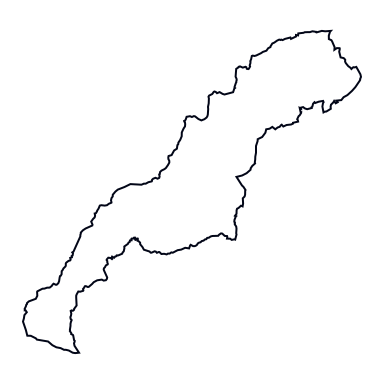 Talmaciu, Sibiu, Romania
{"feature_id": "2599482B89024892263144", "entity_name": "Talmaciu", "entity_type": "district", "adm_level": 2, "iso_a3": "ROU", "parent_name": "Romania", "parent_adm1": "Sibiu", "projection": "mercator", "projection_center": [24.164, 45.604], "detail": "fine", "context": "isolated", "style": "outline", "palette": "ink", "viewbox_px": 384, "rotation_deg": 0, "n_neighbors": 0, "source": "geoboundaries", "source_scale": "gbopen_adm2", "svg_char_len": 5884}
<svg xmlns="http://www.w3.org/2000/svg" viewBox="0 0 384 384"><path d="M323.5,112.4L324.7,111.7L326.4,111.5L330.8,108.8L330.6,106.7L331.0,104.7L333.3,102.4L334.1,101.0L335.7,103.3L337.7,102.2L336.5,100.6L341.3,100.1L343.6,97.2L347.4,95.1L352.0,90.9L355.3,87.2L359.6,80.9L360.2,79.8L360.1,79.1L361.0,76.9L360.4,74.3L356.3,66.9L354.7,67.4L353.3,67.2L351.4,69.0L350.5,67.8L348.2,66.1L345.8,63.1L345.1,61.6L345.2,59.7L343.7,58.1L340.6,57.4L339.2,51.7L339.8,48.9L339.6,48.2L336.9,48.1L334.4,49.8L334.6,47.2L332.2,41.6L331.4,40.2L328.9,39.1L328.8,35.7L330.0,31.8L330.8,30.9L325.3,31.3L321.8,30.9L316.9,32.3L316.6,32.0L316.2,32.3L315.2,31.7L312.4,31.3L310.0,32.1L304.8,32.2L303.5,32.8L298.3,33.4L298.1,35.4L296.0,35.0L296.0,36.5L291.0,38.9L290.4,37.5L285.0,38.9L282.6,40.1L281.2,39.6L280.6,40.0L279.2,39.6L277.1,40.6L274.3,42.6L272.3,43.5L270.5,46.4L270.4,47.1L268.2,48.2L266.4,50.7L262.9,51.9L261.0,53.2L256.2,55.5L254.4,56.0L252.8,55.6L251.8,56.0L251.1,59.4L250.3,61.1L250.5,61.4L250.4,63.2L249.7,65.3L250.1,66.5L248.8,68.8L248.2,69.1L246.8,68.8L246.3,67.2L245.5,66.8L242.8,67.6L240.0,66.4L238.7,66.8L238.7,67.2L236.2,68.9L235.6,76.7L236.5,78.7L236.7,80.0L236.3,81.2L236.3,82.3L235.9,82.9L234.5,87.1L234.5,87.6L235.0,88.0L234.3,88.6L233.1,92.2L224.5,94.5L222.6,93.9L219.6,92.1L217.0,93.2L215.7,91.9L214.4,91.5L213.7,91.9L212.3,94.0L209.1,95.6L208.5,96.7L208.9,98.5L208.7,103.5L208.0,106.9L208.2,109.0L207.8,114.7L207.3,116.4L206.5,117.6L204.4,119.2L201.4,120.4L198.4,119.0L195.1,116.4L193.9,116.1L191.9,117.0L190.0,116.2L186.6,116.8L185.9,119.0L184.8,121.1L184.2,121.1L184.3,121.6L185.0,122.6L185.2,124.2L185.0,126.4L183.6,128.5L181.8,132.4L181.7,136.3L180.2,139.9L178.4,142.6L178.2,144.3L177.4,145.1L176.9,148.7L174.1,150.5L171.6,155.1L168.6,156.0L168.3,157.2L168.4,159.1L169.3,160.9L169.3,162.6L168.0,165.0L165.9,168.0L164.5,169.1L161.5,170.6L160.1,172.0L159.7,174.3L159.2,174.5L159.6,176.6L159.2,177.9L157.6,178.7L155.5,177.8L153.2,178.7L152.1,179.7L152.0,180.9L151.7,181.4L148.4,182.2L145.7,183.7L143.8,183.7L141.5,184.7L130.4,184.1L124.5,187.0L117.8,189.6L115.4,191.6L112.8,194.7L112.7,196.5L111.5,198.1L111.0,200.4L111.5,202.3L111.4,202.7L108.8,203.8L107.0,205.2L104.7,205.6L101.3,205.2L99.8,205.6L98.5,208.7L97.2,210.6L97.0,211.4L95.9,213.2L94.7,213.5L95.1,215.8L94.6,217.5L93.1,218.9L91.2,221.6L92.5,224.6L92.3,225.5L85.6,228.5L82.9,230.3L80.8,232.6L80.8,233.7L80.4,234.7L80.3,236.5L73.5,251.6L72.3,252.4L73.0,253.3L72.6,255.5L71.7,256.0L71.9,257.3L70.2,257.9L70.6,259.7L70.2,260.4L68.5,260.9L66.2,262.7L65.8,263.5L65.8,265.5L65.5,266.4L63.4,268.5L62.8,269.8L61.7,271.2L61.6,274.2L60.8,275.7L60.1,276.0L59.7,277.2L59.1,281.2L58.3,283.2L56.7,284.7L55.9,284.8L53.6,283.7L52.7,284.5L51.7,286.0L49.7,287.6L47.0,287.7L44.5,288.6L42.5,288.7L37.4,291.3L37.1,291.9L37.3,295.8L35.8,298.8L28.8,301.4L27.0,303.1L26.9,304.2L26.3,304.7L25.9,306.3L24.6,309.0L24.9,309.8L24.8,310.3L25.5,310.3L26.8,312.2L24.4,315.1L23.9,318.4L23.0,321.6L25.9,330.1L27.3,335.7L30.8,335.8L35.8,338.3L36.9,339.6L48.1,341.5L52.4,345.2L56.4,347.3L60.6,348.1L64.0,349.8L65.9,349.8L68.8,350.5L72.7,352.7L75.2,353.1L79.0,352.7L74.5,345.8L74.0,343.2L74.6,341.9L74.7,340.8L74.1,340.2L73.2,335.5L72.9,334.9L71.2,334.1L71.3,333.2L69.9,331.1L70.1,330.8L69.9,329.8L70.5,325.9L70.5,323.8L71.0,321.6L71.6,320.4L71.5,319.7L70.8,319.3L70.5,318.2L70.4,317.0L70.9,315.9L71.3,313.8L70.7,310.9L71.6,310.4L72.8,310.8L73.5,310.3L74.1,309.7L74.1,308.9L76.6,305.5L76.2,297.7L76.2,295.7L76.7,294.3L78.3,291.5L80.2,291.7L83.2,290.8L83.4,290.3L83.0,289.0L84.1,287.7L84.8,286.3L85.8,286.1L87.8,287.0L88.7,286.9L92.1,284.0L93.7,282.2L97.2,280.3L101.8,279.6L103.7,280.6L105.9,280.2L106.9,278.9L107.2,277.5L103.9,270.2L103.7,269.2L104.0,268.2L104.9,267.3L105.9,265.4L107.7,264.4L107.8,263.7L107.3,262.4L107.3,261.1L106.6,260.0L106.8,259.4L108.3,257.7L110.6,258.0L112.0,259.1L112.3,258.8L111.9,257.1L112.1,256.6L114.2,257.7L115.2,256.5L116.4,256.2L116.7,255.4L118.3,255.4L122.2,253.7L122.6,252.5L123.7,251.4L124.4,248.3L124.3,246.5L127.9,243.9L128.5,242.6L129.7,241.9L129.9,240.5L131.5,240.3L131.3,239.1L131.6,238.6L133.2,238.6L133.9,237.7L135.0,237.6L135.2,238.1L135.1,239.6L135.4,239.9L136.1,239.7L137.1,238.5L137.7,238.5L137.9,238.9L137.6,240.8L138.5,241.1L140.1,242.6L140.2,244.3L142.5,247.1L143.9,249.7L149.5,251.5L150.7,252.7L151.5,252.7L154.6,251.3L155.8,251.6L156.9,252.8L158.8,252.0L159.5,252.1L161.4,254.0L164.1,253.8L166.7,254.4L167.9,253.6L169.7,253.6L171.3,252.4L172.8,252.7L177.6,250.2L181.2,249.6L185.2,247.8L189.1,248.4L190.1,245.5L190.7,244.8L193.0,246.1L194.9,246.1L196.2,245.5L197.2,244.6L197.7,243.5L199.1,242.6L200.5,242.3L201.7,241.1L203.6,240.6L205.0,239.4L206.3,239.2L207.2,237.9L208.9,237.7L210.6,236.5L212.3,236.0L218.2,235.8L219.1,234.7L221.0,233.4L222.3,233.6L224.7,235.9L227.1,236.1L227.3,237.1L227.0,238.6L230.2,238.7L231.7,239.9L234.4,239.3L235.2,239.6L236.5,234.5L236.2,233.3L236.5,228.7L236.2,226.5L234.8,224.4L235.0,223.9L234.6,222.9L234.9,222.4L234.3,221.6L234.5,219.8L235.5,217.3L235.4,216.7L236.0,216.2L235.0,215.8L236.5,213.8L236.6,210.2L237.1,208.7L238.5,208.0L241.0,205.7L242.6,206.4L243.1,203.5L242.8,198.3L244.6,196.5L245.1,194.7L245.2,190.4L245.5,190.0L243.4,186.8L242.0,185.5L236.5,176.9L242.1,175.5L246.6,173.2L250.5,169.8L250.7,168.3L252.2,166.0L255.1,163.4L254.8,162.4L255.2,159.6L255.3,156.6L256.0,152.8L256.0,146.0L257.6,141.1L257.7,139.2L262.2,137.0L265.4,132.7L266.2,129.3L269.6,128.7L272.3,126.9L275.3,129.3L277.6,127.5L279.7,126.8L280.8,125.3L281.7,124.7L283.3,126.5L286.6,125.0L291.1,124.5L293.0,123.6L293.0,122.8L298.1,121.6L297.7,119.8L297.2,119.2L298.6,116.2L299.6,115.4L301.1,113.0L301.2,112.1L300.6,112.1L300.5,111.7L299.7,107.9L300.9,108.5L300.7,107.7L303.1,107.1L305.0,108.5L307.2,109.2L311.7,108.0L311.5,107.3L312.3,106.7L313.1,103.7L314.5,102.2L315.2,103.0L318.7,101.7L323.1,100.9L323.6,102.2L323.0,103.1L322.4,106.5L323.5,112.4Z" fill="none" stroke="#020617" stroke-width="2"/></svg>